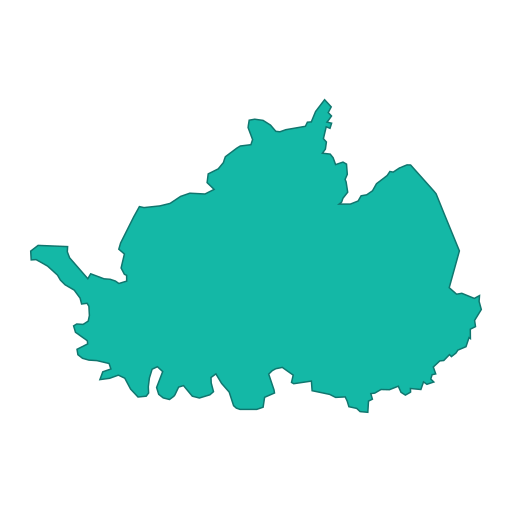 the district of Cidra, Puerto Rico
{"feature_id": "32010507B88362750247815", "entity_name": "Cidra", "entity_type": "district", "adm_level": 2, "iso_a3": "PRI", "parent_name": "Puerto Rico", "parent_adm1": "", "projection": "albers", "projection_center": [-66.167, 18.181], "detail": "fine", "context": "isolated", "style": "filled", "palette": "teal", "viewbox_px": 512, "rotation_deg": 0, "n_neighbors": 0, "source": "geoboundaries", "source_scale": "gbopen_adm2", "svg_char_len": 2691}
<svg xmlns="http://www.w3.org/2000/svg" viewBox="0 0 512 512"><path d="M410.6,165.0L407.0,164.9L399.4,168.0L393.2,172.1L389.9,171.5L387.2,175.5L376.5,183.7L372.5,190.8L366.7,194.8L361.1,195.8L358.1,201.0L350.3,204.1L339.1,204.1L341.6,202.1L342.9,198.3L347.7,192.2L346.1,181.9L345.1,179.4L347.3,174.3L346.5,164.1L343.0,162.1L335.6,164.6L333.1,157.7L330.2,154.1L322.4,153.2L325.4,149.1L326.4,142.0L323.4,138.7L326.2,126.8L330.0,128.3L331.6,123.2L327.0,122.1L328.9,119.7L331.5,116.0L328.2,112.6L331.2,106.9L324.6,99.7L315.6,111.5L311.3,121.9L307.4,122.2L305.4,126.3L285.8,129.7L279.9,131.8L275.8,131.3L270.5,125.1L263.1,120.4L254.7,119.2L249.2,120.2L248.4,125.1L248.1,127.6L252.6,139.6L250.9,144.7L240.3,146.0L236.7,148.2L225.4,156.7L224.6,158.8L223.4,162.6L218.2,168.9L208.2,173.9L207.1,182.6L214.1,189.4L205.0,194.0L189.8,193.2L180.6,196.4L170.1,203.4L159.9,205.9L144.0,207.6L139.4,206.6L133.7,216.9L133.6,217.1L120.6,243.0L118.8,249.2L124.4,254.0L121.1,268.0L124.4,274.3L126.6,275.3L126.7,281.1L118.9,283.5L115.3,281.0L110.2,279.3L104.0,278.8L90.7,273.8L87.8,278.7L69.6,257.8L67.3,251.8L67.6,246.6L38.1,245.4L30.7,251.1L31.2,259.9L36.1,259.6L47.6,266.1L57.5,275.1L60.4,280.1L65.1,284.8L74.2,290.1L80.1,298.1L81.6,304.0L87.1,303.3L88.9,306.3L89.4,315.6L88.2,321.1L83.1,324.4L76.7,324.0L73.6,325.9L75.5,332.3L87.3,340.7L87.7,343.9L77.0,349.3L77.9,354.7L82.5,358.3L88.9,360.1L96.9,360.6L109.1,363.5L110.9,369.0L102.8,371.8L99.9,379.6L109.6,378.3L118.2,375.2L118.7,375.3L124.8,378.2L130.6,389.1L138.0,397.0L146.2,396.2L148.6,393.0L148.3,386.8L149.4,378.0L152.1,369.2L157.4,366.7L162.7,371.6L156.6,387.5L158.7,394.3L163.2,397.9L169.5,399.5L173.8,396.3L174.9,394.9L178.6,387.1L183.5,385.6L192.3,396.2L199.4,398.0L209.9,394.8L213.5,391.7L211.2,382.9L211.0,377.5L215.9,373.9L221.6,383.4L229.2,392.1L233.6,405.7L236.3,408.1L240.0,409.4L256.2,409.4L256.7,409.4L263.1,407.2L264.6,397.3L274.5,393.0L274.0,389.9L268.7,374.1L272.3,370.6L275.8,368.7L282.3,367.4L293.2,375.1L291.5,382.4L293.7,383.7L311.4,381.1L312.1,390.7L329.7,394.4L335.6,397.4L345.2,396.9L347.2,401.1L348.9,406.7L356.7,408.4L360.1,411.6L367.8,412.3L368.5,401.1L372.4,399.2L370.8,393.6L374.8,393.1L381.0,389.5L389.4,389.7L398.3,386.2L401.0,392.3L405.4,395.1L409.8,392.6L410.6,392.0L410.4,388.5L420.9,389.5L423.5,381.9L426.9,384.3L433.8,382.0L430.8,379.0L432.1,374.7L435.7,373.9L433.3,367.0L439.8,360.9L443.8,360.5L449.5,354.6L451.4,356.6L455.9,353.1L457.9,350.1L466.0,346.7L469.0,337.6L470.4,338.6L470.3,329.2L475.5,326.6L474.6,320.4L481.3,309.5L479.1,301.4L479.5,295.6L474.3,298.4L461.8,293.3L456.6,294.2L449.2,287.7L459.4,250.9L443.8,212.9L436.1,193.8L433.8,191.0L410.6,165.0Z" fill="#14b8a6" stroke="#0f766e" stroke-width="1.5"/></svg>